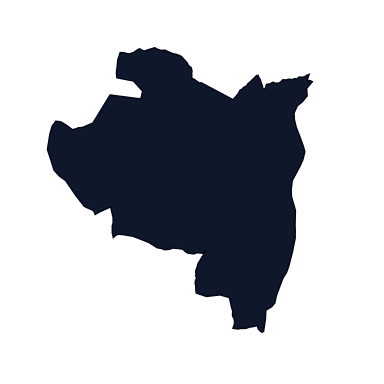 the district of Obowo, Imo, Nigeria, rotated 351°
{"feature_id": "59680162B2017456399117", "entity_name": "Obowo", "entity_type": "district", "adm_level": 2, "iso_a3": "NGA", "parent_name": "Nigeria", "parent_adm1": "Imo", "projection": "equal_earth", "projection_center": [7.374, 5.555], "detail": "fine", "context": "isolated", "style": "filled", "palette": "ink", "viewbox_px": 384, "rotation_deg": 351, "n_neighbors": 0, "source": "geoboundaries", "source_scale": "gbopen_adm2", "svg_char_len": 3325}
<svg xmlns="http://www.w3.org/2000/svg" viewBox="0 0 384 384"><g transform="rotate(351 192 192)"><path d="M305.0,144.2L304.4,136.6L305.1,130.0L309.5,123.3L315.1,120.1L319.5,116.1L320.7,115.1L321.4,107.6L328.1,101.9L326.1,100.5L324.0,100.2L323.6,99.4L324.0,98.0L326.0,94.2L324.1,94.7L323.2,94.6L322.7,95.3L321.5,95.8L318.7,95.9L317.3,95.6L316.5,95.3L315.7,95.3L314.8,95.7L313.4,97.1L312.1,96.3L311.0,96.1L310.3,96.2L309.4,96.6L308.1,96.7L306.5,95.9L304.1,95.8L302.8,96.1L299.2,95.4L297.9,96.4L296.8,97.2L296.1,97.5L295.2,97.9L294.1,98.1L293.1,97.8L292.2,97.9L290.8,97.3L290.0,96.8L289.5,96.4L288.6,96.4L288.0,96.7L287.2,96.9L286.5,97.2L285.9,97.4L285.2,97.5L284.3,97.3L282.8,97.5L282.4,97.5L281.8,98.6L281.0,100.6L280.0,101.3L278.9,101.6L277.9,101.8L278.0,100.6L278.1,99.4L278.0,97.8L277.6,95.8L277.2,93.9L276.9,91.6L276.1,89.8L275.8,88.7L275.5,87.5L275.3,87.8L274.0,87.1L271.3,89.1L267.0,92.1L265.6,93.2L265.1,93.2L263.9,94.1L262.7,95.5L262.1,96.0L260.9,96.3L259.6,96.7L259.1,97.0L257.3,98.5L256.0,98.7L255.0,99.4L254.2,100.7L252.2,102.9L247.0,107.3L218.2,85.6L216.0,85.4L211.8,81.0L209.6,79.9L209.8,78.2L210.3,74.3L210.9,72.8L210.8,70.8L210.6,69.0L209.3,67.9L208.0,65.8L207.2,63.4L204.9,59.9L202.9,56.7L201.0,55.3L198.1,53.6L195.6,52.7L194.6,52.3L191.6,50.5L187.4,47.7L183.4,47.3L178.5,44.6L178.0,43.7L170.1,44.8L167.0,45.4L164.1,43.7L163.3,42.7L161.7,42.5L158.9,43.8L156.4,45.0L153.1,45.7L151.0,45.8L146.3,43.7L142.9,43.1L139.3,50.1L137.9,55.9L136.6,60.2L136.0,62.8L135.7,67.4L151.5,73.1L159.1,84.7L156.0,92.1L126.3,83.4L104.9,108.4L93.8,111.2L89.5,110.8L87.5,111.5L83.0,111.7L82.4,110.5L78.6,106.6L73.4,102.2L68.6,100.8L64.2,105.1L60.7,112.6L55.9,127.5L57.8,139.3L59.2,148.8L63.5,155.5L69.0,160.9L77.0,177.8L83.3,189.1L84.9,190.4L88.0,192.4L90.6,194.0L91.8,195.3L92.4,196.7L92.7,198.1L92.9,199.0L93.4,198.8L98.2,197.0L100.4,196.5L102.3,195.9L106.3,194.8L109.4,193.9L109.7,199.3L110.1,205.0L109.2,210.5L108.0,212.9L106.9,220.0L107.2,224.6L110.5,222.5L112.9,222.2L117.4,223.3L122.1,224.9L126.3,226.2L132.8,229.9L141.6,235.2L145.0,238.1L148.9,241.6L153.1,243.0L155.8,244.7L160.8,245.1L163.9,244.3L169.5,245.6L173.9,247.0L176.2,249.8L178.4,251.7L183.7,253.3L184.4,253.3L186.8,252.9L188.0,252.8L188.9,252.9L189.6,253.3L192.8,254.1L195.5,252.1L194.8,253.3L194.7,253.5L194.6,253.8L193.8,255.2L193.1,256.5L192.2,257.2L191.3,258.3L189.4,260.7L186.9,263.5L186.6,264.0L185.6,266.4L184.5,268.4L183.6,270.1L183.3,270.9L183.1,272.7L183.1,273.5L183.0,274.1L182.8,274.7L182.5,275.5L182.9,276.6L183.0,277.7L182.7,278.4L181.6,280.0L180.9,282.5L181.0,284.0L181.0,285.4L180.8,287.5L180.5,288.8L180.4,291.6L180.5,292.5L189.9,297.4L203.7,298.0L212.4,302.1L212.9,308.9L213.0,311.9L213.3,313.8L213.6,315.9L212.7,320.5L213.0,321.7L213.9,323.8L213.7,326.9L213.3,329.1L211.2,333.0L215.6,334.4L218.3,334.4L224.1,335.1L227.7,334.4L230.5,334.5L235.6,334.1L236.1,337.8L236.8,338.8L238.0,340.4L239.4,341.5L241.0,340.7L241.3,339.4L244.5,329.4L246.4,320.3L252.6,317.8L256.4,314.5L258.9,307.9L264.0,298.8L268.3,291.3L272.7,286.3L275.9,280.5L278.4,274.7L281.6,267.3L283.4,262.5L283.5,262.2L286.6,254.0L287.9,246.5L288.6,240.7L291.2,226.5L290.6,220.7L289.5,212.3L290.2,205.7L292.7,196.5L297.1,190.7L301.2,185.3L302.7,183.3L306.5,177.5L309.7,170.0L309.1,164.2L307.3,155.0L305.6,147.0L305.0,144.2Z" fill="#0f172a" stroke="#020617" stroke-width="1.5"/></g></svg>